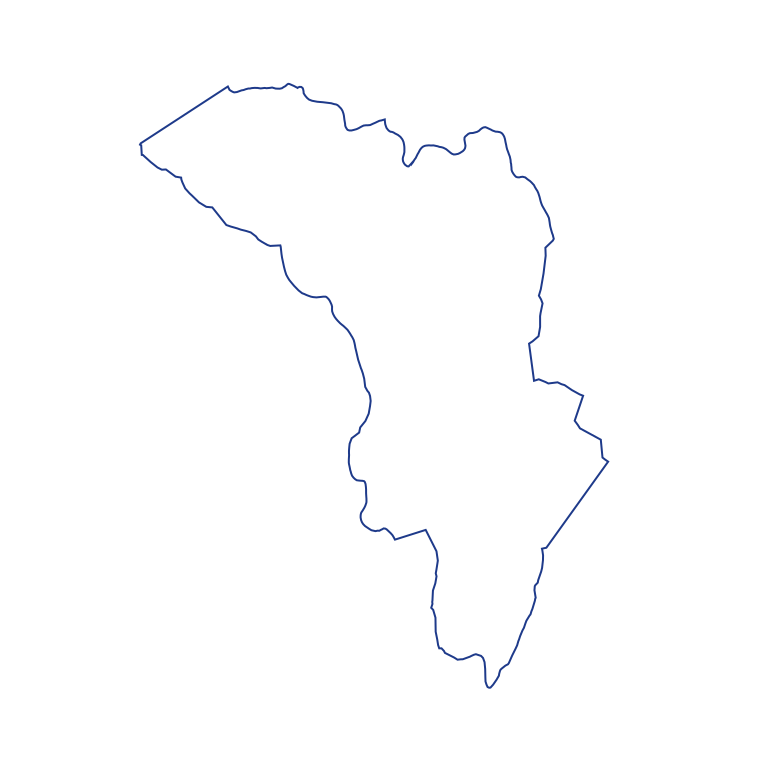 outline of Blanchard, Vieux Fort, Saint Lucia, rotated 353°
{"feature_id": "8701671B33750138379558", "entity_name": "Blanchard", "entity_type": "district", "adm_level": 2, "iso_a3": "LCA", "parent_name": "Saint Lucia", "parent_adm1": "Vieux Fort", "projection": "equal_earth", "projection_center": [-60.946, 13.805], "detail": "fine", "context": "isolated", "style": "outline", "palette": "blue", "viewbox_px": 768, "rotation_deg": 353, "n_neighbors": 0, "source": "geoboundaries", "source_scale": "gbopen_adm2", "svg_char_len": 6120}
<svg xmlns="http://www.w3.org/2000/svg" viewBox="0 0 768 768"><g transform="rotate(353 384 384)"><path d="M171.5,127.1L172.6,127.3L179.5,135.3L185.6,141.5L189.6,144.2L193.7,144.5L202.4,152.8L207.8,154.4L207.8,156.4L208.5,159.4L210.5,165.7L214.2,171.0L216.4,173.6L222.5,181.2L229.2,186.5L235.1,187.8L246.9,207.0L251.0,209.0L257.4,211.7L260.6,213.3L265.8,215.3L270.2,217.3L274.9,221.9L276.8,225.2L280.0,227.9L285.2,231.8L287.9,233.1L293.8,233.5L298.0,233.8L298.2,235.2L298.1,242.2L298.2,246.2L299.0,255.4L299.6,260.0L300.3,263.6L301.5,266.7L302.7,269.3L304.4,272.0L306.8,275.7L310.6,280.7L313.8,283.9L315.9,285.0L318.0,286.3L319.9,287.3L322.1,288.4L324.2,289.1L327.4,289.8L331.7,289.9L334.3,289.9L336.7,290.2L337.5,290.7L338.3,291.6L338.6,292.0L339.3,292.9L340.2,294.6L340.7,296.0L341.6,298.8L341.9,300.9L341.5,303.6L341.4,305.6L342.0,308.3L343.1,311.2L344.3,313.4L345.7,315.5L347.9,318.4L349.4,320.0L350.8,321.4L352.8,323.8L354.4,325.8L355.6,328.1L356.5,329.9L357.4,332.0L358.1,333.4L358.6,334.7L359.3,336.7L359.7,339.7L359.9,342.1L360.0,344.5L360.2,346.2L360.5,348.9L361.3,356.7L362.6,363.3L363.1,365.9L363.4,366.7L364.3,371.0L365.0,376.4L365.0,384.6L366.7,388.8L368.0,390.8L368.7,394.2L368.7,399.2L367.4,404.4L365.2,411.6L361.0,418.5L355.1,424.2L353.4,429.2L345.3,433.9L342.6,439.1L341.7,443.0L341.1,446.0L340.8,448.5L340.7,450.2L339.9,454.6L339.5,457.7L339.5,459.1L339.8,462.3L340.0,465.4L340.3,466.9L340.5,468.6L341.1,471.1L342.3,473.2L343.6,474.8L345.2,476.2L347.1,476.7L348.4,477.0L351.0,477.5L352.5,478.1L353.0,478.9L353.5,481.0L353.5,483.7L353.4,486.2L352.9,490.4L352.7,493.6L352.6,495.7L352.3,498.4L352.0,499.7L350.7,502.4L349.5,504.3L347.8,506.5L346.7,507.8L345.8,508.8L345.1,510.4L344.7,512.1L344.5,513.8L344.7,516.4L345.3,518.6L346.3,520.6L347.9,522.7L350.3,524.8L351.8,526.1L353.7,527.6L357.6,529.0L359.8,528.8L361.5,529.1L363.1,528.4L364.4,528.0L366.0,527.3L367.7,527.7L368.9,528.6L372.4,532.8L374.0,535.1L375.0,537.4L375.9,539.8L407.6,533.9L415.7,556.4L415.9,565.9L413.4,574.7L412.3,578.2L412.7,581.3L410.6,588.2L407.4,595.0L405.7,604.8L405.3,606.2L405.3,608.2L403.6,611.9L405.3,614.2L406.6,622.2L405.1,636.2L405.7,644.0L405.9,649.7L406.6,653.1L408.9,653.4L411.0,656.3L411.7,658.3L420.2,664.0L423.4,666.6L426.3,666.6L428.7,666.8L436.1,665.1L437.4,664.6L440.2,663.7L442.3,663.4L447.2,665.7L448.9,668.0L449.9,672.3L449.7,679.1L448.9,687.1L448.5,691.7L449.1,694.9L449.9,697.4L451.4,698.3L452.7,698.3L455.7,695.7L459.7,691.2L462.5,687.5L463.0,685.7L464.1,683.0L464.9,681.7L466.3,680.7L468.1,679.6L470.2,678.3L472.9,677.3L473.9,676.2L478.2,669.0L482.3,662.8L484.3,659.6L486.0,655.6L486.9,654.0L488.4,650.8L491.4,645.5L493.2,643.0L495.2,638.8L496.5,636.3L500.3,631.5L501.3,630.6L502.6,627.6L503.9,625.3L507.3,617.6L507.8,616.0L508.0,615.4L508.5,614.7L508.2,607.0L508.5,605.6L509.0,603.1L509.6,602.2L512.4,599.9L513.1,597.6L517.2,589.2L518.5,585.8L520.3,578.3L521.0,573.5L520.9,568.6L520.7,566.7L525.2,566.3L597.0,488.4L594.4,486.1L593.0,484.7L591.9,483.6L592.4,465.7L573.1,451.9L571.4,448.3L570.0,445.8L568.8,443.7L580.2,419.9L577.0,418.2L569.7,412.9L563.1,407.1L560.1,405.8L556.5,403.5L547.2,403.5L544.5,401.7L538.2,398.2L533.3,399.1L532.9,361.6L536.6,359.8L543.2,355.4L545.9,346.4L547.2,335.7L548.0,332.8L551.2,323.3L550.2,319.2L548.5,315.2L551.2,309.0L555.8,293.8L560.1,276.4L560.8,268.4L569.1,262.2L570.2,260.6L569.8,257.6L569.8,257.0L569.2,254.6L568.7,251.5L568.5,250.1L568.2,247.9L568.1,245.8L568.1,244.0L568.0,241.2L567.9,239.3L567.1,236.8L566.5,235.2L565.7,233.4L564.7,230.9L563.8,228.8L562.7,226.1L562.1,223.7L561.7,221.5L561.2,217.3L560.7,214.7L560.4,213.2L559.7,211.0L558.8,209.2L557.7,206.7L557.1,204.9L555.1,202.1L553.8,200.5L551.3,198.2L549.4,196.2L546.9,195.2L545.1,195.2L543.3,195.4L541.3,195.0L540.1,194.3L538.9,192.6L538.0,191.0L537.1,188.9L536.7,187.1L536.9,184.4L536.9,182.7L537.0,181.2L536.9,180.4L536.8,179.7L536.9,177.0L536.6,173.6L535.9,170.8L535.4,168.5L534.8,166.1L534.5,163.7L534.4,161.7L534.1,158.8L533.9,155.5L533.4,153.0L532.4,150.7L531.3,149.2L529.8,148.2L527.6,147.5L525.5,147.1L523.9,146.3L522.5,145.6L521.2,144.6L519.1,143.3L517.2,142.1L515.8,141.4L513.9,141.5L512.4,142.1L510.8,143.0L509.1,144.3L507.1,145.1L505.0,145.4L502.8,145.7L499.9,145.5L498.2,146.0L497.3,146.6L494.8,148.3L494.0,149.2L493.6,151.2L493.9,157.4L493.6,158.6L493.1,160.0L492.1,161.3L490.6,162.5L488.9,163.3L487.4,164.0L485.6,164.6L483.0,164.8L481.2,164.7L479.4,163.7L478.1,162.5L474.4,158.6L473.0,157.6L471.6,156.7L470.0,156.0L467.9,155.4L466.3,154.6L462.2,153.2L459.7,153.0L457.7,152.6L455.0,152.5L453.5,152.6L451.8,153.1L450.6,153.8L449.7,154.5L448.3,155.9L446.3,158.8L445.4,159.9L443.0,163.6L442.0,164.6L441.3,165.4L439.9,167.3L438.7,168.5L438.8,167.8L437.0,169.4L436.2,170.0L435.7,170.4L435.0,171.0L434.2,170.9L433.4,170.6L431.8,169.1L431.4,168.6L430.6,167.0L430.1,165.5L430.0,163.8L430.1,162.6L430.5,161.2L431.1,159.9L431.6,158.8L432.5,156.3L433.0,152.3L433.1,150.9L433.1,149.0L432.9,146.4L432.4,144.5L431.9,143.2L430.4,140.7L428.2,138.5L425.4,136.6L424.1,135.5L422.5,134.7L421.2,134.4L420.5,133.9L419.5,133.0L418.6,131.7L417.7,130.1L417.3,128.4L416.9,126.3L416.9,124.8L416.9,123.5L417.0,121.5L413.3,122.1L412.3,122.1L411.1,122.3L410.0,122.7L409.3,122.9L407.3,123.6L404.9,124.3L402.1,125.2L401.5,125.3L399.3,125.2L397.5,125.0L395.2,125.0L392.9,125.8L390.0,127.0L387.8,127.7L385.2,128.1L382.7,128.4L380.4,128.1L378.8,127.3L378.2,126.3L377.4,124.6L377.0,122.9L377.1,120.8L376.9,117.0L376.9,112.8L376.7,110.7L376.1,107.9L375.5,106.5L374.9,105.3L372.7,102.4L371.7,101.4L370.5,100.7L368.6,100.1L365.8,98.9L357.8,96.9L352.1,95.7L347.1,94.1L344.3,92.6L342.6,90.8L341.2,88.7L340.4,87.2L339.7,85.6L339.8,83.5L339.6,81.3L339.3,80.3L338.1,79.1L336.5,78.8L334.7,79.2L334.3,79.6L330.9,77.2L326.7,74.7L325.5,74.4L324.6,74.8L323.4,75.6L322.5,76.3L320.5,77.1L318.7,78.0L316.5,78.2L312.6,77.6L310.7,76.8L309.1,76.1L306.5,76.2L303.5,76.1L301.6,75.6L297.6,75.6L294.4,74.7L291.5,74.3L288.8,74.2L286.9,74.4L285.3,74.2L282.5,74.6L280.5,75.1L278.4,75.2L273.6,76.3L270.8,76.3L269.3,75.5L267.6,74.2L266.5,73.2L265.3,69.7L171.8,115.5L171.0,116.7L172.1,117.5L171.5,127.1Z" fill="none" stroke="#1e3a8a" stroke-width="2"/></g></svg>